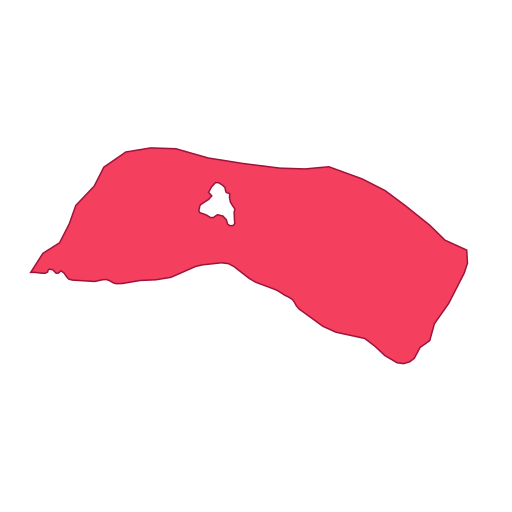 SVG path tracing the border of North-East, rotated 117°
{"feature_id": "BWA-4853", "entity_name": "North-East", "entity_type": "District", "adm_level": 1, "iso_a3": "BWA", "parent_name": "Botswana", "parent_adm1": "", "projection": "natural_earth1", "projection_center": [27.629, -21.012], "detail": "fine", "context": "isolated", "style": "filled", "palette": "rose", "viewbox_px": 512, "rotation_deg": 117, "n_neighbors": 0, "source": "natural_earth", "source_scale": "10m", "svg_char_len": 1502}
<svg xmlns="http://www.w3.org/2000/svg" viewBox="0 0 512 512"><g transform="rotate(117 256 256)"><path d="M176.9,62.7L211.1,62.8L235.3,66.3L252.5,62.8L263.0,68.3L275.2,68.5L280.5,71.0L284.9,75.6L287.1,81.9L286.2,96.1L282.5,108.7L280.1,121.6L287.6,150.0L288.3,164.4L283.7,193.4L282.1,197.4L279.9,200.5L278.2,203.8L277.8,208.5L277.9,212.6L277.1,220.6L277.2,224.1L279.5,244.2L279.1,251.8L275.4,270.8L275.3,277.0L277.8,283.8L288.2,299.7L292.8,305.1L313.7,322.2L322.7,334.5L330.4,348.1L341.2,362.6L344.0,367.7L344.7,370.6L344.5,376.2L345.0,378.9L347.0,382.2L351.9,388.1L360.8,408.6L361.6,412.3L360.6,415.1L358.3,419.4L357.7,422.8L358.7,423.5L360.9,424.2L362.1,426.3L360.5,430.9L361.7,434.4L363.2,434.8L364.9,434.4L366.9,435.8L368.5,438.8L371.2,446.1L372.9,449.3L350.4,447.1L333.3,437.0L312.0,437.0L292.8,439.5L267.2,431.9L245.9,431.9L222.4,419.2L207.5,398.9L196.8,376.1L190.4,343.2L179.7,310.2L166.9,274.7L156.2,251.9L143.4,231.6L139.1,196.2L139.1,170.8L143.4,145.5L149.7,115.1L156.1,94.8L155.1,70.9L166.4,64.3L176.9,62.7ZM236.7,328.8L241.9,327.4L243.0,325.2L242.4,322.7L242.0,318.6L242.4,314.2L241.2,311.5L238.3,310.0L236.7,309.0L235.4,303.7L237.2,298.8L240.5,295.8L240.8,292.7L239.0,290.0L236.4,289.8L233.6,291.6L227.0,295.3L223.7,296.2L221.4,300.4L219.6,303.2L215.7,306.4L212.7,307.4L212.5,308.6L212.9,311.3L211.2,313.2L209.1,314.6L208.0,318.3L207.7,322.7L209.0,325.4L214.1,326.9L220.8,327.2L222.5,322.7L227.1,323.9L235.4,328.7L236.7,328.8Z" fill="#f43f5e" stroke="#9f1239" stroke-width="1.5"/></g></svg>